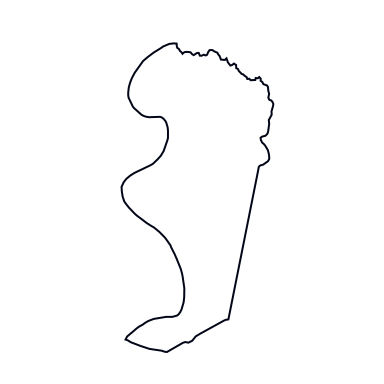 Palestina do Pará, Pará, Brazil (Robinson projection), rotated 166°
{"feature_id": "56859067B39725810358642", "entity_name": "Palestina do Pará", "entity_type": "district", "adm_level": 2, "iso_a3": "BRA", "parent_name": "Brazil", "parent_adm1": "Pará", "projection": "robinson", "projection_center": [-48.372, -5.911], "detail": "fine", "context": "isolated", "style": "outline", "palette": "ink", "viewbox_px": 384, "rotation_deg": 166, "n_neighbors": 0, "source": "geoboundaries", "source_scale": "gbopen_adm2", "svg_char_len": 2379}
<svg xmlns="http://www.w3.org/2000/svg" viewBox="0 0 384 384"><g transform="rotate(166 192 192)"><path d="M93.4,268.6L93.5,271.5L92.9,275.5L93.5,277.3L96.6,279.3L97.2,281.8L98.5,283.3L97.9,285.3L99.0,287.3L100.6,286.4L102.6,287.2L103.5,285.4L108.1,286.3L109.0,288.0L111.0,288.3L111.2,290.2L112.7,291.9L113.8,293.6L115.2,294.5L117.4,298.3L117.6,300.2L119.1,301.4L118.5,304.6L120.3,306.5L122.0,305.6L124.2,305.4L125.8,309.1L126.2,313.3L128.2,312.2L131.9,313.5L132.3,317.2L133.2,319.0L133.7,321.0L136.4,323.1L138.0,324.9L140.6,325.4L142.3,324.0L144.2,321.5L145.8,321.2L147.4,322.4L149.8,321.9L151.4,322.4L151.8,325.3L153.4,325.7L157.3,324.4L158.7,325.9L159.6,327.9L162.2,328.9L164.6,329.5L166.2,329.3L167.8,328.4L168.4,330.1L169.6,331.9L170.1,334.0L171.5,335.6L171.4,337.8L171.0,339.7L173.7,340.6L178.2,341.2L185.1,340.1L186.9,339.3L195.6,336.5L202.4,333.6L207.8,330.9L217.4,322.7L218.8,321.5L222.9,316.9L225.7,312.9L228.0,308.8L229.7,304.3L230.5,301.3L230.7,298.8L228.7,289.0L227.7,287.1L222.3,279.1L220.3,277.4L218.8,276.4L215.7,275.0L205.0,272.7L203.3,271.7L202.0,270.1L200.7,267.5L200.2,265.5L200.0,260.8L200.4,257.6L202.2,250.4L203.2,248.4L209.6,238.6L213.5,234.7L217.5,232.0L223.1,228.8L225.9,228.0L235.6,226.0L243.0,224.5L247.9,222.9L252.6,220.6L255.9,218.0L259.1,214.0L260.0,209.2L260.4,204.2L260.0,199.2L258.7,195.9L257.9,194.2L256.9,192.0L254.2,187.2L252.8,184.8L251.4,182.7L243.5,172.9L239.9,169.1L237.5,166.8L233.3,161.1L229.7,155.0L228.8,153.2L226.5,147.2L225.8,145.5L225.6,143.4L223.9,136.0L223.1,131.4L221.5,119.9L221.4,115.4L221.5,112.8L222.7,100.6L225.0,91.9L226.8,87.0L230.7,80.4L232.6,78.2L234.8,76.4L236.6,75.7L241.4,75.6L247.3,77.1L259.7,78.1L263.4,77.7L265.6,77.4L269.1,76.4L271.7,75.3L275.8,74.2L277.4,73.6L280.0,72.4L281.5,71.6L289.9,67.5L292.2,64.9L290.2,63.6L287.8,61.1L279.8,55.5L277.8,54.2L271.1,50.0L259.9,45.4L257.5,43.8L255.1,42.8L237.2,47.9L234.7,48.0L232.0,46.7L227.8,47.6L223.3,51.0L218.1,52.6L192.4,59.4L190.4,59.8L187.5,59.6L138.1,164.1L123.6,194.8L121.0,200.4L119.1,201.3L116.4,201.3L110.8,203.5L109.0,205.5L108.4,208.6L108.2,211.5L108.3,214.4L109.8,219.4L110.7,221.2L112.0,223.0L112.6,225.9L112.3,228.1L110.3,228.8L107.1,228.8L104.6,230.4L103.4,232.5L100.6,239.5L100.1,243.2L96.0,247.7L95.3,251.1L93.7,253.8L92.4,256.1L91.8,257.8L92.1,259.9L93.0,261.7L94.7,262.8L95.1,265.1L93.4,268.6Z" fill="none" stroke="#020617" stroke-width="2"/></g></svg>